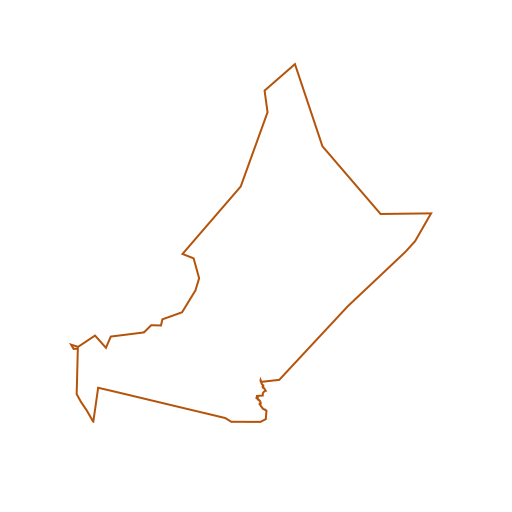 Jones, North Carolina, United States of America, rotated 102°
{"feature_id": "52423323B45605902717918", "entity_name": "Jones", "entity_type": "district", "adm_level": 2, "iso_a3": "USA", "parent_name": "United States of America", "parent_adm1": "North Carolina", "projection": "orthographic", "projection_center": [-77.17, 35.012], "detail": "fine", "context": "isolated", "style": "outline", "palette": "amber", "viewbox_px": 512, "rotation_deg": 102, "n_neighbors": 0, "source": "geoboundaries", "source_scale": "gbopen_adm2", "svg_char_len": 2188}
<svg xmlns="http://www.w3.org/2000/svg" viewBox="0 0 512 512"><g transform="rotate(102 256 256)"><path d="M60.2,257.8L91.5,281.3L92.4,282.0L113.0,274.6L191.2,285.4L234.3,309.1L247.2,316.2L249.4,317.4L269.3,328.3L271.3,316.5L289.6,307.0L302.3,308.1L326.4,316.6L337.4,334.4L343.7,334.5L345.5,344.1L354.0,349.7L354.0,349.9L353.9,350.0L354.2,350.3L354.3,350.4L365.0,381.3L377.0,383.7L367.3,396.9L381.8,411.1L381.2,418.4L384.8,415.1L383.7,411.0L428.4,402.7L435.3,396.7L442.2,389.5L451.7,381.0L451.8,380.7L417.7,383.0L418.0,367.5L418.2,358.8L420.9,252.4L423.3,245.6L417.3,217.1L413.5,212.5L405.2,213.6L405.0,213.8L405.0,214.0L404.9,214.2L404.9,214.3L404.9,214.5L404.8,214.8L404.7,214.8L404.6,215.0L404.5,215.3L404.4,215.3L404.4,215.5L404.3,215.8L404.3,216.0L404.3,216.3L404.3,216.5L404.2,216.9L404.2,217.0L404.1,217.3L403.9,217.4L403.8,217.5L403.7,217.7L403.6,217.8L403.3,218.1L403.1,218.4L403.1,218.5L402.9,218.6L402.8,218.8L402.7,218.9L402.6,219.0L402.4,219.3L402.2,219.5L402.0,219.8L401.9,219.9L401.7,220.1L401.3,220.3L401.1,220.4L401.1,220.5L400.9,220.7L400.8,220.9L400.7,221.0L400.6,221.3L400.5,221.5L400.4,221.5L400.2,221.5L399.9,221.6L399.9,221.4L399.7,221.3L399.6,221.2L399.4,221.1L399.5,221.0L399.6,220.9L399.3,220.8L399.2,220.9L398.9,220.9L398.7,220.9L398.6,221.0L398.4,221.0L398.2,221.1L398.0,221.3L397.9,221.3L397.7,221.4L397.7,221.5L397.4,221.7L397.3,221.8L397.2,221.9L397.0,222.0L396.9,222.1L396.7,222.3L396.5,222.5L396.4,222.7L396.4,222.8L396.3,223.0L396.2,223.2L396.2,223.3L396.3,223.4L396.2,223.5L396.2,223.8L396.1,224.0L396.0,224.3L395.9,224.4L395.9,224.5L395.7,224.6L395.6,224.8L395.4,224.9L395.2,224.9L394.9,224.9L394.7,224.8L394.5,224.7L394.4,224.6L394.2,224.7L394.1,224.8L394.1,225.0L394.0,225.3L394.2,225.5L394.3,225.5L394.5,225.7L394.7,225.8L394.8,225.9L394.8,226.0L392.7,226.0L391.1,220.4L388.8,220.8L387.8,220.4L386.1,219.2L385.8,218.5L384.3,220.1L383.7,220.3L383.4,221.8L382.4,222.4L381.8,221.8L381.1,221.9L380.2,223.6L377.0,225.7L376.4,225.7L378.0,224.6L372.3,207.5L360.1,200.2L287.1,156.4L285.5,155.4L221.0,110.8L208.5,103.5L179.1,94.0L177.9,93.6L189.0,142.9L147.5,197.3L141.9,204.6L134.9,213.8L60.2,257.8Z" fill="none" stroke="#b45309" stroke-width="2"/></g></svg>